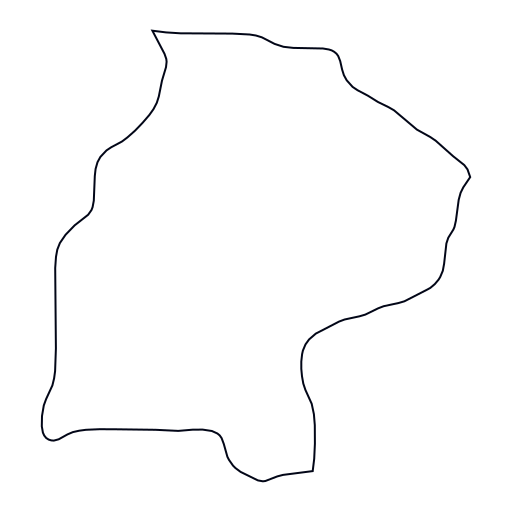 Tamboril, Santiago, Dominican Republic
{"feature_id": "3306468B8987969858006", "entity_name": "Tamboril", "entity_type": "district", "adm_level": 2, "iso_a3": "DOM", "parent_name": "Dominican Republic", "parent_adm1": "Santiago", "projection": "robinson", "projection_center": [-70.591, 19.492], "detail": "fine", "context": "isolated", "style": "outline", "palette": "ink", "viewbox_px": 512, "rotation_deg": 0, "n_neighbors": 0, "source": "geoboundaries", "source_scale": "gbopen_adm2", "svg_char_len": 1769}
<svg xmlns="http://www.w3.org/2000/svg" viewBox="0 0 512 512"><path d="M470.2,177.1L467.5,169.4L464.3,165.1L453.1,156.2L435.8,140.8L430.4,137.1L416.9,129.6L394.0,110.3L388.6,107.2L377.8,101.9L367.9,95.7L357.5,90.2L352.6,86.9L346.7,80.3L343.9,75.2L342.1,69.5L340.2,61.1L338.2,56.0L336.5,53.7L334.2,51.8L331.7,50.4L328.9,49.5L323.0,48.5L293.3,47.9L283.5,46.8L274.6,43.9L261.8,37.3L255.9,35.5L249.6,34.5L232.3,33.6L180.3,33.3L166.0,32.4L152.4,30.7L164.5,53.8L166.3,59.0L166.6,61.8L166.0,67.2L162.0,80.6L158.8,96.5L156.8,102.8L153.5,109.1L149.4,114.9L142.5,122.9L135.1,130.6L127.3,137.5L122.0,141.5L111.3,147.2L106.5,150.4L100.4,156.9L97.5,162.2L95.6,168.9L94.8,176.0L93.8,200.7L92.6,207.1L91.5,210.0L88.2,214.7L74.7,225.3L65.6,234.7L59.9,243.0L57.3,249.6L56.0,256.8L55.2,268.0L55.9,348.4L55.1,371.1L54.1,378.4L52.4,385.4L46.1,399.1L43.8,405.4L42.0,416.0L41.8,426.3L42.9,432.6L44.2,435.5L46.2,438.0L48.7,439.6L51.3,440.4L53.8,440.6L58.7,439.3L67.5,434.4L72.9,432.1L79.2,430.7L85.9,429.8L99.7,429.2L117.2,429.3L155.6,429.8L178.3,430.9L192.4,429.7L202.6,429.6L211.9,431.0L217.4,433.5L219.7,435.4L221.6,438.1L223.8,444.0L227.4,456.8L229.0,459.9L233.0,465.6L235.5,468.1L240.6,471.9L257.9,480.4L262.9,481.3L265.4,481.0L277.3,476.4L283.0,474.9L312.7,471.1L314.2,458.8L314.9,443.8L314.8,425.2L313.9,414.2L311.7,403.8L305.4,389.9L303.3,383.6L302.0,376.3L301.3,368.9L301.3,361.5L302.1,354.2L302.9,350.6L305.5,344.4L309.1,339.4L315.8,333.6L339.0,321.6L344.6,319.5L359.5,316.3L365.3,314.6L378.2,308.3L383.7,306.2L398.6,303.0L404.4,301.3L427.6,289.4L430.3,287.9L434.8,284.1L438.6,279.6L440.2,277.0L442.8,270.8L444.1,263.8L446.4,243.4L448.3,237.7L453.4,229.5L454.5,226.9L455.9,220.7L458.7,199.8L460.6,192.8L463.3,187.3L470.2,177.1Z" fill="none" stroke="#020617" stroke-width="2"/></svg>